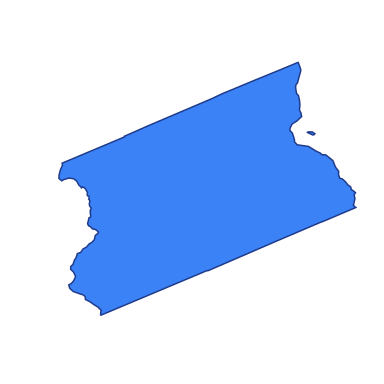 outline of Snohomish, Washington, United States of America, rotated 157°
{"feature_id": "52423323B25311373219770", "entity_name": "Snohomish", "entity_type": "district", "adm_level": 2, "iso_a3": "USA", "parent_name": "United States of America", "parent_adm1": "Washington", "projection": "mercator", "projection_center": [-121.691, 48.037], "detail": "fine", "context": "isolated", "style": "filled", "palette": "blue", "viewbox_px": 384, "rotation_deg": 157, "n_neighbors": 0, "source": "geoboundaries", "source_scale": "gbopen_adm2", "svg_char_len": 2031}
<svg xmlns="http://www.w3.org/2000/svg" viewBox="0 0 384 384"><g transform="rotate(157 192 192)"><path d="M300.3,269.3L300.8,267.2L304.4,263.9L307.6,259.8L309.2,256.5L307.6,253.2L304.9,253.5L299.8,252.9L295.7,250.4L293.9,247.1L293.4,242.4L292.5,240.6L292.1,239.0L291.7,239.2L290.6,239.3L289.8,238.3L288.9,236.9L288.7,234.9L288.4,232.6L289.4,230.7L289.7,229.9L289.3,228.8L288.6,228.4L288.8,226.9L289.9,225.9L289.4,223.7L290.8,221.9L291.7,219.6L291.1,216.3L292.8,214.9L293.5,213.3L294.3,210.9L294.5,209.5L295.7,208.4L297.0,208.4L298.4,206.4L300.5,203.7L300.4,201.3L298.9,199.6L298.1,197.0L295.6,195.3L293.9,192.3L294.5,190.7L298.0,189.8L300.6,186.2L303.8,184.8L306.9,184.4L310.7,182.5L314.5,182.2L318.1,179.9L321.6,180.1L324.4,176.8L326.9,175.2L329.9,171.8L332.6,170.9L333.9,168.3L332.3,164.4L332.2,159.6L335.5,156.6L338.9,154.9L341.7,154.7L342.2,151.2L340.2,146.8L336.7,143.6L333.9,141.0L332.5,140.1L331.2,137.5L332.1,134.7L329.0,131.1L326.1,126.4L323.2,122.3L322.9,120.7L322.2,119.8L321.8,118.2L322.7,117.5L324.1,114.7L323.9,114.2L208.9,113.8L208.2,113.3L130.0,113.8L124.1,113.8L86.7,113.9L82.9,113.7L47.3,113.7L47.6,114.2L48.6,116.7L44.6,122.2L43.9,126.0L41.8,127.4L42.3,128.7L42.8,129.2L43.1,130.4L44.2,131.5L44.4,131.9L44.2,133.2L43.9,134.6L45.8,137.8L46.6,141.1L48.5,145.3L50.6,146.9L50.3,150.9L48.9,153.8L50.0,157.9L50.2,160.4L50.0,165.5L50.2,166.1L50.3,166.3L54.4,174.0L57.8,175.5L58.7,177.7L61.9,181.3L66.9,188.4L76.8,194.4L78.1,198.4L77.4,199.6L77.1,201.2L76.6,207.0L77.8,210.4L77.1,212.1L73.3,215.5L67.5,216.4L63.9,217.8L61.6,218.6L60.8,222.3L61.1,224.6L60.9,225.8L58.7,229.8L57.3,234.0L56.3,239.3L57.0,240.7L57.1,242.5L56.4,245.5L55.8,247.6L55.0,249.3L53.7,250.6L52.4,251.1L44.6,261.0L44.0,262.3L43.6,269.3L43.7,269.9L57.5,270.0L59.5,270.0L63.5,270.0L68.9,270.1L74.4,270.2L77.6,270.2L89.8,270.4L118.6,270.6L125.0,270.7L137.8,270.2L206.8,270.1L232.5,269.7L232.7,269.1L300.3,269.3ZM57.4,197.0L56.1,197.7L57.8,200.3L61.7,202.0L62.4,201.7L58.7,197.4L57.4,197.0Z" fill="#3b82f6" stroke="#1e3a8a" stroke-width="1.5"/></g></svg>